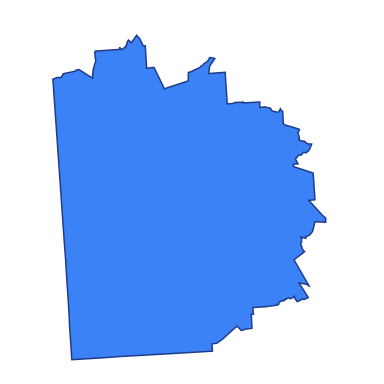 Ascensión, Chihuahua, Mexico (Albers equal-area conic projection), rotated 266°
{"feature_id": "50627088B24578642235400", "entity_name": "Ascensión", "entity_type": "district", "adm_level": 2, "iso_a3": "MEX", "parent_name": "Mexico", "parent_adm1": "Chihuahua", "projection": "albers", "projection_center": [-107.265, 31.252], "detail": "fine", "context": "isolated", "style": "filled", "palette": "blue", "viewbox_px": 384, "rotation_deg": 266, "n_neighbors": 0, "source": "geoboundaries", "source_scale": "gbopen_adm2", "svg_char_len": 5765}
<svg xmlns="http://www.w3.org/2000/svg" viewBox="0 0 384 384"><g transform="rotate(266 192 192)"><path d="M314.2,61.1L179.1,61.1L147.9,61.1L134.7,61.2L114.7,61.0L96.6,61.0L87.1,60.9L76.5,60.8L67.9,60.5L47.7,60.5L33.1,60.4L32.8,93.9L32.9,107.8L32.1,171.5L31.8,201.3L39.1,201.3L39.4,206.1L42.7,211.7L53.9,225.9L55.0,227.7L50.3,231.6L50.7,232.8L51.5,236.2L51.8,242.3L65.9,242.6L65.9,244.8L72.5,244.6L72.4,258.7L72.5,258.7L73.3,269.7L73.7,270.0L74.0,270.1L74.3,270.1L74.4,270.3L74.3,270.7L74.3,270.8L74.8,270.8L75.0,270.8L75.4,271.0L75.9,271.1L76.0,271.2L76.1,271.4L76.4,271.6L76.5,271.8L76.5,272.0L76.5,272.4L76.7,272.8L76.6,273.0L76.7,273.4L76.7,273.6L77.4,274.1L77.1,276.1L77.2,276.3L77.3,276.6L77.6,276.8L77.8,277.1L78.1,277.0L78.3,277.1L78.5,277.5L78.5,278.4L78.6,278.6L78.7,278.8L79.3,279.5L79.4,280.2L79.7,280.6L79.7,281.2L79.2,281.8L78.9,282.0L79.0,282.2L78.8,282.8L79.0,284.0L79.1,284.3L80.4,286.0L81.0,286.5L80.8,286.6L80.5,286.7L80.1,287.0L79.2,287.1L78.8,287.0L78.5,287.1L78.0,287.5L77.7,287.6L77.4,287.8L77.2,288.1L76.4,288.6L76.1,288.9L75.6,289.0L75.4,289.4L75.3,289.6L75.6,290.0L75.8,290.5L75.8,290.9L76.0,291.2L76.5,292.9L77.1,293.4L77.4,294.0L77.3,294.5L77.4,294.8L77.2,295.2L77.1,295.4L77.1,296.9L77.5,297.8L77.7,298.0L77.8,298.8L78.2,299.4L78.6,300.6L93.8,292.5L91.9,300.1L91.5,300.7L90.4,301.6L90.3,301.8L90.3,302.0L90.2,302.2L117.2,289.0L124.7,300.2L125.3,299.7L125.4,299.3L125.5,299.2L126.0,298.9L126.9,298.5L127.5,298.2L127.8,298.1L128.1,297.8L128.4,297.8L128.6,297.7L129.0,297.8L129.6,297.7L130.2,297.7L130.4,297.7L130.7,297.1L131.2,296.9L131.4,296.8L132.5,297.0L133.1,297.2L133.3,297.4L133.6,297.6L134.0,297.6L134.8,297.8L135.3,297.7L135.9,297.8L136.1,297.8L136.8,298.1L137.4,298.1L137.8,298.1L138.6,297.7L138.9,297.7L139.2,297.5L139.5,297.4L137.9,302.3L139.3,302.2L139.3,302.6L139.3,302.8L139.5,303.1L140.0,303.7L140.2,304.8L140.6,305.4L140.7,305.9L140.8,306.2L142.1,307.5L142.6,308.2L143.1,308.5L143.3,308.7L145.0,309.8L145.8,310.1L153.7,312.5L153.4,316.1L152.5,323.2L156.5,323.6L160.4,319.9L175.5,308.0L175.7,314.1L202.4,314.2L210.3,295.0L212.7,295.0L212.7,299.7L217.6,297.5L217.8,297.6L217.9,297.8L218.4,298.1L218.6,298.3L218.7,298.6L219.3,299.3L220.0,299.8L220.4,300.0L220.6,300.3L220.9,300.6L221.4,300.9L221.3,301.5L221.3,302.1L221.2,302.8L221.3,303.4L221.4,303.6L221.6,304.0L221.9,304.3L222.1,304.5L222.4,304.7L223.0,305.0L223.2,305.3L223.7,306.3L223.5,306.9L223.3,307.3L223.3,308.0L223.3,308.6L223.3,308.9L223.4,309.1L223.6,309.3L224.1,309.6L224.2,309.9L224.5,310.5L225.0,311.0L225.4,311.5L225.9,311.7L226.7,312.4L231.4,314.7L231.5,314.0L231.7,313.8L231.8,313.5L231.7,313.1L231.6,312.6L231.7,312.3L231.8,311.7L231.7,311.4L231.9,310.9L232.3,310.8L232.5,310.5L232.6,310.0L232.7,309.7L232.9,309.5L233.1,309.1L233.4,308.9L233.5,308.7L234.2,308.4L234.8,307.7L234.9,307.3L235.0,307.2L235.0,306.8L235.1,306.6L234.9,306.1L235.0,305.7L235.3,305.2L235.3,304.6L235.5,304.1L235.8,303.8L235.9,303.3L236.0,303.2L236.2,302.9L236.5,302.6L236.5,302.9L237.3,302.6L237.9,302.8L238.4,302.8L240.0,302.7L240.9,302.3L241.4,302.3L242.4,302.0L243.1,301.9L243.6,301.9L245.5,302.8L245.8,303.0L246.0,303.0L246.6,303.5L246.9,303.6L247.3,302.9L252.5,289.3L253.7,287.9L266.0,288.1L266.6,287.6L267.2,286.8L268.0,286.3L268.8,286.1L268.7,286.0L268.4,286.0L268.2,285.5L267.8,285.5L267.5,285.3L267.0,284.7L266.4,284.4L266.3,284.2L265.7,283.7L265.6,283.4L265.7,282.6L265.8,281.9L266.3,281.2L266.5,280.1L266.5,279.5L266.6,279.2L266.8,279.0L267.2,277.9L267.6,277.3L267.9,277.1L268.3,277.0L268.6,276.8L268.8,276.6L269.4,276.5L269.7,276.3L270.1,276.2L270.2,275.6L270.6,274.8L270.7,274.3L270.7,273.9L271.0,273.1L271.0,272.8L271.3,272.1L271.5,271.7L271.7,271.0L271.8,268.5L271.6,266.3L271.4,265.6L277.1,265.8L277.1,259.6L277.3,249.1L278.2,249.1L278.0,248.8L278.0,248.3L277.8,248.0L278.0,247.6L277.9,247.4L278.0,247.1L278.1,246.8L278.2,246.3L278.2,244.4L278.0,243.3L278.2,243.0L278.2,242.8L278.2,242.5L278.3,241.8L278.2,241.6L278.2,241.3L278.4,241.0L277.9,240.1L277.4,239.9L277.4,233.3L309.1,233.4L309.0,216.9L316.3,218.4L323.5,224.0L323.7,223.4L324.0,222.9L324.0,222.7L324.3,221.8L324.5,220.5L324.6,220.4L324.7,220.1L324.9,219.7L324.9,219.4L324.7,219.4L324.5,219.1L324.4,218.7L323.4,218.0L323.0,217.6L322.2,217.3L322.1,217.1L321.8,217.0L321.5,217.0L321.2,216.5L320.8,215.9L320.5,215.2L320.1,214.6L319.1,212.8L318.3,212.2L317.7,211.5L317.5,211.3L317.4,210.7L317.0,209.9L316.2,209.0L315.9,208.9L315.7,208.5L315.5,208.2L315.4,207.8L314.9,206.7L314.8,206.4L314.3,205.3L314.2,204.9L313.9,203.9L313.8,203.3L313.5,202.7L313.0,201.9L313.1,201.7L312.7,200.9L312.3,199.7L312.0,199.3L311.9,198.8L311.6,197.8L311.6,197.2L311.6,196.7L303.1,196.0L299.6,182.1L296.9,171.6L299.1,170.8L319.0,162.7L318.6,155.4L341.1,155.6L341.1,153.6L348.2,150.7L348.7,150.5L352.2,147.7L345.3,142.1L348.0,139.2L347.2,138.6L346.8,138.3L346.5,138.1L346.2,138.0L346.0,137.9L345.9,137.9L345.2,137.4L345.0,137.5L344.5,137.4L343.6,137.1L343.1,136.7L342.4,136.3L342.0,136.4L341.7,136.3L341.4,136.1L341.4,135.7L341.0,134.9L339.6,133.0L339.2,132.0L339.1,131.1L339.3,131.1L339.9,131.0L340.1,130.8L340.3,130.4L340.8,130.3L341.0,130.2L341.0,129.9L339.3,129.9L339.3,105.5L338.2,105.5L338.2,104.7L328.6,105.1L327.5,104.3L326.9,104.1L326.7,103.9L326.1,103.7L325.4,103.6L324.4,103.2L323.7,103.2L322.9,102.7L321.3,102.0L321.0,102.1L320.5,102.1L320.1,101.9L319.7,101.8L318.5,101.5L318.2,101.7L317.5,101.6L317.3,101.6L317.0,101.3L316.4,101.1L316.2,100.9L314.9,101.1L314.0,100.8L313.5,100.9L313.4,100.8L312.7,101.0L312.3,100.9L321.9,88.0L322.0,86.7L321.9,85.8L321.6,85.0L321.1,85.0L320.9,84.7L320.2,80.9L319.4,74.7L318.8,71.5L318.7,71.4L317.9,71.2L317.3,70.8L316.2,70.3L315.2,68.0L315.7,66.2L315.5,65.3L315.5,64.6L315.1,63.8L314.9,63.3L314.5,61.9L314.4,61.3L314.2,61.1Z" fill="#3b82f6" stroke="#1e3a8a" stroke-width="1.5"/></g></svg>